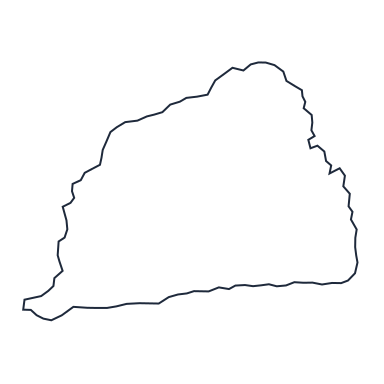 outline of Fazenda Rio Grande, Paraná, Brazil, rotated 91°
{"feature_id": "56859067B87747649596959", "entity_name": "Fazenda Rio Grande", "entity_type": "district", "adm_level": 2, "iso_a3": "BRA", "parent_name": "Brazil", "parent_adm1": "Paraná", "projection": "orthographic", "projection_center": [-49.297, -25.682], "detail": "fine", "context": "isolated", "style": "outline", "palette": "slate", "viewbox_px": 384, "rotation_deg": 91, "n_neighbors": 0, "source": "geoboundaries", "source_scale": "gbopen_adm2", "svg_char_len": 1464}
<svg xmlns="http://www.w3.org/2000/svg" viewBox="0 0 384 384"><g transform="rotate(91 192 192)"><path d="M80.0,170.7L87.3,174.6L94.4,178.1L96.6,188.7L98.0,199.3L101.9,205.7L105.0,215.3L112.7,223.0L115.3,231.2L117.2,238.4L121.6,247.8L123.3,260.0L128.5,268.3L133.5,274.6L142.9,278.4L151.5,282.0L159.4,283.1L166.4,284.5L170.7,292.4L174.7,299.6L182.1,303.4L186.0,311.5L193.3,312.0L199.9,309.7L205.0,313.3L209.0,321.0L222.6,317.0L231.5,316.0L239.8,318.6L243.8,324.5L249.9,324.8L257.6,325.2L263.8,323.3L273.1,320.0L280.5,328.1L288.4,328.9L293.4,334.0L298.7,341.0L302.6,357.6L312.6,358.7L312.7,351.1L317.9,345.2L321.2,338.4L322.7,330.4L317.6,320.1L308.9,308.6L309.6,294.6L309.6,285.3L309.4,274.9L307.7,265.7L305.0,255.4L304.1,242.6L304.1,223.3L297.5,213.4L294.7,204.2L293.5,195.4L291.1,188.3L291.1,173.6L286.9,163.5L288.4,153.3L284.8,147.0L284.1,137.4L285.1,129.3L284.1,121.3L282.9,113.5L284.8,105.6L283.8,96.4L280.4,88.1L280.8,78.9L280.5,70.0L282.2,60.4L280.5,50.4L280.5,41.3L277.8,34.5L270.4,27.6L259.6,25.3L252.6,26.7L244.3,27.9L234.9,27.9L226.6,26.7L216.7,32.6L209.0,31.2L203.6,35.2L191.0,34.2L183.7,40.8L173.0,39.4L165.7,44.8L171.1,54.8L163.0,53.3L158.7,58.5L149.2,60.4L143.5,67.4L146.2,74.3L137.8,76.6L133.9,70.4L128.2,73.7L120.5,72.9L112.9,73.7L106.3,81.8L99.9,80.3L94.4,83.2L88.3,83.9L84.3,91.0L79.3,99.5L70.0,102.8L63.7,111.7L61.3,120.5L61.3,127.9L63.4,135.5L69.6,142.7L67.1,153.7L73.0,161.4L80.0,170.7Z" fill="none" stroke="#1e293b" stroke-width="2"/></g></svg>